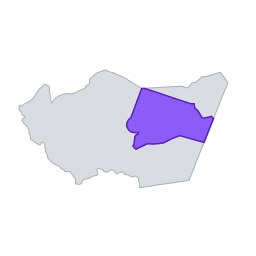 Chad, with Borkou highlighted, rotated 82°
{"feature_id": "TCD-5577", "entity_name": "Borkou", "entity_type": "Préfecture", "adm_level": 1, "iso_a3": "TCD", "parent_name": "Chad", "parent_adm1": "", "projection": "robinson", "projection_center": [18.999, 18.69], "detail": "fine", "context": "in_parent", "style": "filled", "palette": "violet", "viewbox_px": 256, "rotation_deg": 82, "n_neighbors": 0, "source": "natural_earth", "source_scale": "10m", "svg_char_len": 4671}
<svg xmlns="http://www.w3.org/2000/svg" viewBox="0 0 256 256"><g transform="rotate(82 128 128)"><path d="M188.3,74.8L188.4,80.7L188.4,86.6L188.5,92.4L188.5,98.3L188.5,104.2L188.6,110.1L188.6,116.0L188.7,121.8L188.7,123.8L188.5,124.6L188.3,124.8L185.5,124.2L184.3,124.2L182.6,124.7L180.2,124.9L178.6,124.8L177.5,125.8L176.6,127.0L177.1,130.0L177.0,130.9L176.6,131.9L175.9,132.8L175.1,133.5L174.7,134.1L174.1,135.4L173.7,136.0L173.8,136.9L173.6,137.7L173.2,138.2L172.0,138.5L171.3,138.9L170.7,139.5L170.3,140.0L170.5,140.6L170.8,141.4L171.0,142.7L171.1,143.5L171.7,144.1L172.0,144.6L172.1,145.1L171.8,145.6L170.4,146.5L169.9,146.9L169.2,147.3L169.0,147.5L167.9,148.4L167.4,149.2L167.2,149.9L167.2,150.8L167.7,152.2L168.3,153.3L168.5,154.2L168.6,155.2L168.6,156.1L168.3,156.9L167.8,157.6L165.9,158.9L164.9,160.4L164.2,162.2L164.0,163.2L164.2,163.8L164.6,164.4L165.2,164.7L166.0,164.7L167.4,164.4L168.7,164.2L170.1,164.9L170.8,166.4L170.5,167.5L171.0,169.5L171.5,171.9L171.5,172.7L171.7,173.0L172.5,173.2L172.7,173.7L172.5,178.0L172.9,179.1L173.4,180.0L174.1,180.4L174.8,181.0L175.1,181.4L175.9,181.5L176.7,182.2L177.0,183.3L176.9,184.2L176.4,186.4L176.0,187.8L175.5,187.7L174.5,187.4L173.3,187.1L171.8,186.8L170.3,187.4L168.8,188.2L168.3,188.7L167.9,189.1L167.2,189.0L166.6,189.1L166.2,189.6L165.7,190.2L163.4,191.5L162.9,191.9L162.7,192.4L162.7,192.9L162.9,193.9L162.9,195.1L162.4,196.1L161.8,196.8L161.2,197.1L160.6,197.2L160.3,197.6L159.1,199.9L158.6,200.4L157.6,200.3L154.6,203.7L154.3,204.7L153.2,206.2L151.9,207.8L150.7,208.6L150.6,208.9L150.2,209.2L149.5,209.5L146.9,211.5L143.8,211.4L142.4,212.1L141.0,212.5L139.1,212.9L138.5,212.8L136.0,213.0L133.0,212.9L131.9,213.2L130.8,213.9L130.0,214.6L129.9,214.8L130.0,215.1L130.0,215.3L132.1,216.9L132.6,217.7L132.1,218.4L131.8,218.5L131.5,219.2L130.2,221.0L128.4,223.1L127.5,223.7L127.1,224.1L126.6,225.5L126.3,225.7L125.0,225.9L122.5,226.0L119.0,226.5L117.0,226.6L115.7,226.5L113.8,227.5L113.2,227.7L112.8,227.8L111.0,228.8L109.5,230.2L109.0,230.5L106.9,231.1L106.0,232.1L105.6,232.2L104.3,230.9L103.4,229.7L102.9,228.5L102.9,228.1L102.6,228.1L101.9,228.7L101.2,229.3L100.9,230.5L98.7,231.3L96.9,231.9L96.0,232.8L94.7,233.2L93.0,233.0L91.8,232.7L90.5,232.6L91.1,231.5L91.3,230.7L91.4,229.8L91.3,229.1L90.5,228.8L90.1,228.3L89.0,225.2L87.9,222.1L86.3,219.0L84.6,217.0L83.3,215.8L82.9,215.6L82.3,215.2L81.9,214.9L79.6,212.8L77.2,210.4L76.6,209.4L75.4,207.8L74.1,206.1L73.4,205.4L73.1,204.0L74.0,202.8L75.0,201.2L76.2,200.2L77.8,200.1L80.3,200.6L83.1,200.7L85.8,200.4L86.5,200.2L87.2,200.2L88.7,200.6L91.3,200.5L92.6,199.8L91.2,198.8L89.6,197.1L88.2,195.2L87.3,193.6L86.5,191.4L85.8,188.7L85.4,185.3L85.5,183.3L85.7,181.9L86.5,179.6L86.0,178.3L86.1,177.2L86.0,175.6L85.8,174.8L84.8,172.2L84.6,171.9L83.7,170.0L83.3,167.0L82.4,165.0L80.8,164.0L79.9,162.8L79.5,160.7L78.9,160.1L76.4,159.4L74.3,159.4L72.8,157.0L70.9,154.0L69.1,151.1L68.0,145.5L67.3,142.2L68.1,141.2L69.6,138.9L71.5,134.5L75.8,127.7L78.0,124.2L82.4,119.0L87.8,112.5L90.8,108.9L91.3,102.3L91.9,95.4L92.3,90.1L92.8,83.8L93.2,78.6L93.6,74.8L94.0,69.4L94.4,68.4L96.5,64.2L96.6,63.6L96.3,62.9L93.3,59.3L92.4,58.5L91.8,56.7L92.6,55.6L89.1,49.6L88.2,48.8L87.8,48.1L87.8,47.0L87.7,42.9L86.8,36.3L85.6,28.7L89.8,26.5L93.0,24.9L97.1,22.8L100.8,24.9L106.3,28.1L111.7,31.2L117.1,34.3L122.6,37.4L128.0,40.5L133.5,43.6L139.0,46.8L144.4,49.9L149.9,53.0L155.4,56.1L160.8,59.2L166.3,62.3L171.8,65.5L177.3,68.6L182.8,71.7L188.3,74.8Z" fill="#d9dde1" stroke="#a8b0b8" stroke-width="1"/><path d="M133.4,43.6L134.6,44.3L136.0,45.1L137.4,45.9L138.8,46.7L140.2,47.5L141.7,48.3L143.1,49.1L144.5,49.9L145.9,50.7L147.3,51.5L148.7,52.3L150.1,53.1L151.5,53.9L152.9,54.7L142.8,77.7L144.5,85.5L147.7,94.9L147.7,99.5L147.4,105.4L146.3,110.9L149.1,120.0L150.2,122.9L148.4,124.7L147.4,124.8L146.9,125.1L146.3,125.2L146.3,125.3L146.2,125.2L144.9,124.6L144.4,124.1L144.1,124.0L143.8,123.9L142.8,123.7L141.3,123.5L140.7,123.4L140.2,123.1L138.8,122.6L137.9,122.5L137.7,122.4L136.2,121.3L136.0,121.1L135.9,120.9L135.8,119.6L135.7,119.3L135.7,119.2L135.4,119.0L135.4,118.9L134.9,118.7L134.7,118.7L134.4,118.8L134.2,118.7L133.9,118.5L133.9,119.9L133.7,121.5L132.8,124.4L132.5,125.2L131.9,126.0L130.6,127.2L130.1,127.5L128.9,128.1L126.6,128.9L126.3,129.0L125.3,129.0L122.9,128.4L122.2,128.0L120.8,127.1L119.7,125.9L118.8,124.7L118.3,123.8L118.2,123.7L104.6,116.4L91.0,109.1L90.8,109.0L90.8,108.8L90.8,108.5L90.9,107.9L90.9,107.3L91.0,106.7L91.0,106.1L100.1,87.9L106.4,75.3L112.6,62.7L113.2,59.1L116.6,59.1L118.0,58.8L119.4,57.2L121.6,55.9L125.9,54.2L128.4,53.2L128.7,50.3L128.4,47.1L128.1,43.8L130.4,41.9L131.8,42.7L133.2,43.5L133.4,43.6Z" fill="#8b5cf6" stroke="#5b21b6" stroke-width="1.5"/></g></svg>